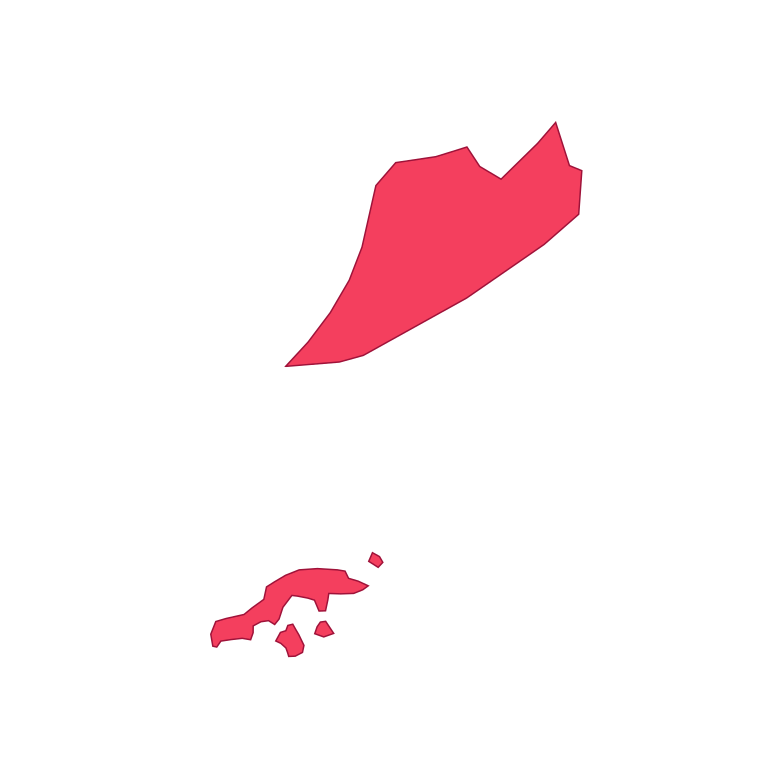 the border of Al Janūbīyah, rotated 54°
{"feature_id": "BHR-4926", "entity_name": "Al Janūbīyah", "entity_type": "Governorate", "adm_level": 1, "iso_a3": "BHR", "parent_name": "Bahrain", "parent_adm1": "", "projection": "orthographic", "projection_center": [50.722, 25.854], "detail": "fine", "context": "isolated", "style": "filled", "palette": "rose", "viewbox_px": 768, "rotation_deg": 54, "n_neighbors": 0, "source": "natural_earth", "source_scale": "10m", "svg_char_len": 1276}
<svg xmlns="http://www.w3.org/2000/svg" viewBox="0 0 768 768"><g transform="rotate(54 384 384)"><path d="M361.1,126.7L365.2,172.5L363.0,266.5L348.7,383.8L340.0,407.1L312.1,452.9L311.9,453.1L305.5,420.9L294.7,385.5L279.6,351.1L260.4,321.4L218.7,273.9L211.8,244.4L230.5,208.6L235.8,193.1L241.0,177.6L264.3,178.7L287.1,168.9L279.6,118.2L273.3,91.4L316.3,105.6L327.7,98.6L361.1,126.7ZM512.5,525.5L520.4,526.9L528.3,520.8L538.0,515.4L538.0,522.1L535.6,531.6L528.3,542.4L521.0,551.8L525.8,556.5L533.1,564.6L529.5,570.0L518.0,567.3L512.5,571.4L504.6,578.8L500.9,582.8L505.2,597.0L512.5,607.1L514.3,613.8L507.6,616.5L504.0,623.3L502.8,632.0L508.3,636.1L512.5,642.2L506.4,648.2L501.0,657.7L496.1,667.1L498.5,673.9L495.5,676.6L484.6,671.2L477.3,659.7L480.9,649.6L488.2,632.7L487.6,622.6L487.6,607.8L479.1,598.3L479.7,588.9L480.9,576.1L484.5,561.9L494.2,546.4L507.0,530.9L512.5,525.5ZM530.7,599.7L536.8,600.3L548.4,602.4L553.2,607.7L552.0,615.8L548.4,621.2L544.7,619.9L539.9,618.5L533.2,619.9L528.3,622.6L524.1,613.8L525.9,608.4L522.8,603.7L524.7,599.0L530.7,599.7ZM541.7,570.7L556.2,571.3L553.2,581.4L545.3,586.8L541.1,580.8L539.2,575.4L541.7,570.7ZM513.7,492.5L521.0,489.1L527.6,489.8L528.9,496.5L518.5,500.6L513.7,492.5Z" fill="#f43f5e" stroke="#9f1239" stroke-width="1.5"/></g></svg>